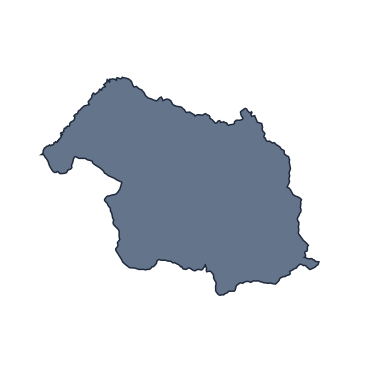 the district of Nam Dong, Thừa Thiên - Huế, Vietnam, rotated 46°
{"feature_id": "81297802B42791937018990", "entity_name": "Nam Dong", "entity_type": "district", "adm_level": 2, "iso_a3": "VNM", "parent_name": "Vietnam", "parent_adm1": "Thừa Thiên - Huế", "projection": "mercator", "projection_center": [107.686, 16.119], "detail": "fine", "context": "isolated", "style": "filled", "palette": "slate", "viewbox_px": 384, "rotation_deg": 46, "n_neighbors": 0, "source": "geoboundaries", "source_scale": "gbopen_adm2", "svg_char_len": 5979}
<svg xmlns="http://www.w3.org/2000/svg" viewBox="0 0 384 384"><g transform="rotate(46 192 192)"><path d="M60.4,274.4L61.7,273.0L63.1,272.9L64.6,273.5L66.6,273.5L69.7,274.2L73.9,276.2L77.5,277.2L80.8,277.7L82.5,277.2L83.6,276.0L83.7,274.6L84.1,274.3L86.6,274.3L87.4,273.9L89.7,271.2L90.9,269.0L90.4,267.2L90.0,266.3L91.2,263.1L91.2,262.2L90.9,261.4L89.0,260.0L88.0,257.5L85.9,254.3L85.2,252.4L85.9,251.0L89.1,250.1L93.6,245.5L96.3,244.8L99.8,242.6L100.8,242.5L102.0,243.2L104.7,243.0L110.6,241.5L114.3,241.1L115.7,241.2L117.7,241.8L119.2,241.2L122.2,240.8L128.2,238.3L130.7,237.8L136.0,235.8L136.5,236.0L139.8,241.8L140.6,245.5L140.7,247.0L140.4,248.9L138.4,251.9L137.4,254.2L136.2,255.6L136.1,256.6L136.3,259.0L136.8,260.3L137.3,260.7L138.2,260.9L141.2,260.9L144.1,261.9L146.9,262.0L149.1,263.9L151.7,264.6L155.5,267.1L157.9,267.8L158.7,269.5L160.2,270.8L161.9,271.1L167.2,271.0L169.9,271.7L171.1,273.2L173.3,275.2L174.4,276.1L176.0,276.9L176.5,280.5L176.9,281.1L178.2,281.8L179.0,282.4L179.5,283.5L179.8,286.1L180.5,287.0L181.1,287.3L192.5,289.8L194.1,290.5L196.4,290.4L202.8,289.6L203.5,289.2L206.8,286.1L210.8,284.0L213.9,280.7L215.9,279.4L216.5,278.0L217.8,276.7L218.4,275.1L218.0,273.0L218.8,271.7L219.0,270.9L218.7,267.3L217.3,265.2L217.4,263.3L217.9,262.4L219.9,261.4L222.6,258.5L224.9,257.4L227.2,255.3L229.2,255.2L230.3,254.4L230.8,253.4L231.8,253.3L235.7,251.9L238.0,252.1L238.3,251.4L238.7,251.2L240.4,251.8L241.4,251.7L243.6,250.0L244.2,247.2L244.6,246.7L249.3,245.5L250.2,245.1L251.0,244.1L251.3,242.4L251.8,241.6L252.5,240.8L254.7,239.4L254.8,239.1L254.9,237.7L254.3,234.7L253.7,233.5L253.7,233.0L255.4,234.0L256.9,234.4L258.4,236.3L259.6,236.8L260.5,235.3L261.8,233.9L262.7,233.7L265.5,233.9L268.1,235.1L268.5,236.0L268.9,236.2L271.8,237.2L273.5,237.4L275.0,238.6L276.1,240.4L279.4,243.5L280.8,244.0L283.5,244.3L284.7,244.1L285.9,243.4L286.9,241.6L288.0,240.7L288.0,239.1L289.0,236.7L288.9,234.5L292.6,230.6L292.7,229.6L291.9,228.0L290.4,225.6L290.2,224.4L290.9,220.2L293.0,218.9L293.1,217.0L294.2,214.9L295.7,213.4L297.7,212.6L298.0,212.0L298.5,209.7L300.7,207.6L301.9,206.0L304.4,205.0L305.3,204.2L307.2,203.4L309.4,201.4L310.5,200.8L311.5,199.2L315.3,196.7L316.3,195.7L316.2,191.6L316.0,190.5L315.3,189.2L315.2,188.1L316.1,185.9L316.2,185.0L317.4,184.0L318.0,181.5L319.0,179.9L319.2,178.9L318.9,178.0L317.0,176.9L318.2,172.9L318.1,172.2L319.2,169.7L318.7,167.0L318.9,165.8L318.8,164.8L319.9,163.6L322.4,162.9L322.8,162.2L323.5,161.6L324.4,161.4L325.5,161.5L329.3,161.2L329.7,161.0L331.2,156.9L331.6,154.8L331.4,153.1L331.8,152.2L331.7,151.5L330.4,149.2L327.7,151.4L325.7,151.3L324.8,151.9L323.4,152.0L322.7,152.5L321.2,154.4L319.6,155.4L318.2,155.8L317.0,156.5L317.2,155.3L316.3,154.1L313.9,153.2L313.6,151.8L314.2,150.8L314.3,149.9L313.9,149.3L311.6,147.1L311.3,146.5L311.3,145.4L308.0,145.2L304.1,145.5L295.9,144.3L295.3,143.9L293.0,141.0L291.1,139.9L289.6,137.7L288.1,136.3L287.7,136.0L286.5,136.1L284.9,135.2L284.1,134.3L283.7,133.4L283.2,131.3L282.4,130.1L281.9,127.5L280.3,125.7L278.3,124.8L277.5,123.5L276.4,122.6L276.2,121.8L274.7,121.0L273.5,118.5L271.0,118.6L268.5,119.5L266.7,120.5L263.8,121.1L259.2,119.7L257.8,119.5L256.3,119.5L254.6,120.3L252.5,115.0L251.9,114.3L249.8,113.2L248.3,110.6L245.3,108.6L244.9,107.3L243.5,104.8L238.2,101.5L236.5,99.3L235.4,99.0L233.9,98.1L233.2,98.1L231.9,98.7L229.2,99.1L228.1,98.7L226.7,97.3L226.0,97.0L223.4,98.0L221.0,97.5L217.9,98.0L216.7,98.6L214.0,98.4L213.3,98.8L212.7,100.2L209.3,100.8L207.9,102.7L206.0,102.8L204.3,101.9L202.8,102.1L202.0,101.8L200.6,99.0L199.7,98.8L197.6,98.8L196.4,98.3L195.0,97.4L194.6,96.4L191.2,94.3L187.2,96.5L180.6,93.9L179.1,96.4L178.5,96.3L177.3,95.9L176.6,93.8L175.7,93.5L175.4,95.0L174.6,95.6L172.3,95.6L170.3,95.1L169.2,95.4L168.9,95.7L168.6,96.3L168.0,100.7L168.1,101.5L169.2,102.4L171.5,103.6L174.2,104.0L174.7,104.5L174.5,105.8L174.0,107.1L173.3,108.1L171.6,109.7L171.0,110.6L171.1,112.7L172.1,113.8L172.2,114.5L171.7,115.7L169.7,118.4L169.4,119.6L167.7,119.7L166.9,119.1L166.3,119.1L164.7,120.2L163.5,120.3L163.4,121.1L162.3,122.1L162.0,123.0L161.4,123.0L160.1,122.5L159.8,122.6L159.0,124.3L159.5,125.9L158.7,127.4L154.1,127.3L151.3,127.9L150.4,126.9L148.9,126.6L146.9,127.5L145.1,127.8L144.7,128.4L143.8,131.5L142.5,132.3L140.7,133.8L139.7,135.5L139.4,137.1L137.9,136.8L134.1,137.9L133.0,138.0L130.8,140.9L129.7,140.9L127.3,140.3L126.3,140.6L123.8,140.6L122.2,141.5L119.6,143.6L116.4,145.0L114.8,144.9L113.4,144.3L111.6,143.9L109.3,144.4L108.1,145.2L107.3,146.1L106.1,149.4L104.3,148.6L102.3,148.2L101.9,149.2L101.8,150.3L102.0,153.1L101.7,154.3L99.2,155.7L97.0,156.5L93.7,158.3L90.3,158.5L87.1,157.4L85.9,157.5L83.8,157.2L80.9,158.4L77.4,158.7L76.7,159.9L76.5,160.5L76.1,160.8L74.0,160.4L70.3,158.7L67.4,158.9L66.3,159.3L64.0,160.5L62.3,161.9L61.0,162.4L61.3,163.8L61.2,164.6L59.3,165.7L58.3,166.0L57.7,167.0L57.8,167.6L58.9,168.3L59.2,168.7L57.3,169.3L56.7,169.8L55.8,170.1L54.4,172.4L53.6,172.9L53.8,173.4L55.5,174.4L55.6,175.0L55.1,175.1L53.0,174.8L52.2,174.9L52.5,175.5L53.9,177.1L53.6,178.6L53.5,180.9L55.4,181.0L56.0,181.1L56.1,181.4L55.2,182.7L55.0,184.3L55.2,185.2L55.9,186.1L55.9,186.4L54.0,186.8L54.0,187.4L54.9,189.3L54.5,193.9L53.9,194.1L52.5,194.0L52.3,194.3L52.5,195.3L53.1,197.1L54.1,198.0L54.5,198.7L54.9,203.8L56.1,204.7L56.8,205.0L57.6,204.9L57.8,205.2L55.2,209.8L55.0,213.7L55.4,215.2L54.8,216.8L55.0,217.8L56.1,220.1L55.3,221.2L55.1,223.6L55.5,224.3L56.3,224.0L56.8,224.2L58.2,226.5L58.4,227.6L57.5,230.8L57.9,232.6L59.0,233.5L59.3,234.4L59.0,235.3L58.1,235.8L58.2,236.6L57.9,237.4L58.4,238.0L58.3,238.6L57.5,239.5L58.4,241.3L59.4,242.1L59.5,242.4L58.4,245.6L58.8,246.1L60.4,245.2L60.7,245.3L60.4,247.2L61.5,247.7L61.7,248.0L61.6,248.9L62.0,250.8L61.6,251.5L62.2,252.3L61.9,253.0L62.5,253.7L62.3,254.9L61.5,254.9L61.1,255.2L61.3,255.9L60.7,256.9L61.4,258.1L61.5,259.3L60.7,260.3L60.5,261.4L59.2,261.7L59.1,263.4L58.2,264.7L58.2,266.7L57.9,267.5L58.8,270.1L60.5,272.2L60.6,273.2L60.4,274.4Z" fill="#64748b" stroke="#1e293b" stroke-width="1.5"/></g></svg>